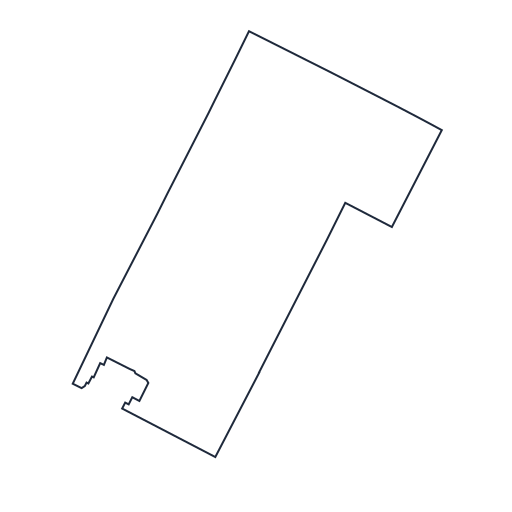 outline of Albany, Wyoming, United States of America, rotated 207°
{"feature_id": "52423323B70770360045395", "entity_name": "Albany", "entity_type": "district", "adm_level": 2, "iso_a3": "USA", "parent_name": "United States of America", "parent_adm1": "Wyoming", "projection": "orthographic", "projection_center": [-105.646, 41.715], "detail": "fine", "context": "isolated", "style": "outline", "palette": "slate", "viewbox_px": 512, "rotation_deg": 207, "n_neighbors": 0, "source": "geoboundaries", "source_scale": "gbopen_adm2", "svg_char_len": 649}
<svg xmlns="http://www.w3.org/2000/svg" viewBox="0 0 512 512"><g transform="rotate(207 256 256)"><path d="M174.7,453.1L201.6,453.4L270.2,453.6L271.4,453.6L364.3,453.1L363.8,420.6L363.4,375.5L363.2,361.6L363.3,272.0L363.1,248.5L363.7,153.2L361.3,59.0L351.4,59.1L349.5,62.4L349.5,66.3L347.5,66.3L347.4,74.1L345.5,74.2L346.2,89.8L342.1,89.9L342.8,97.9L317.4,98.0L312.1,98.3L310.2,96.7L297.2,95.9L294.3,94.0L294.1,73.9L302.1,74.0L302.1,66.0L306.0,66.0L306.0,59.3L201.0,58.4L200.2,153.7L200.4,153.7L200.4,182.1L200.2,302.5L200.6,343.9L171.8,343.7L148.1,343.5L147.6,452.5L169.1,453.0L174.7,453.1Z" fill="none" stroke="#1e293b" stroke-width="2"/></g></svg>